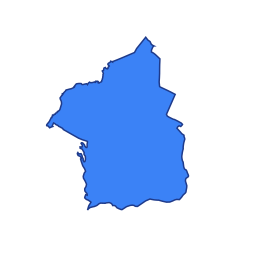 Ramna, Caras-Severin, Romania, rotated 111°
{"feature_id": "2599482B15960202705126", "entity_name": "Ramna", "entity_type": "district", "adm_level": 2, "iso_a3": "ROU", "parent_name": "Romania", "parent_adm1": "Caras-Severin", "projection": "robinson", "projection_center": [21.717, 45.465], "detail": "fine", "context": "isolated", "style": "filled", "palette": "blue", "viewbox_px": 256, "rotation_deg": 111, "n_neighbors": 0, "source": "geoboundaries", "source_scale": "gbopen_adm2", "svg_char_len": 5596}
<svg xmlns="http://www.w3.org/2000/svg" viewBox="0 0 256 256"><g transform="rotate(111 128 128)"><path d="M219.1,136.4L217.6,136.0L216.0,135.0L215.3,134.2L214.7,133.3L214.1,132.5L213.6,131.6L212.1,129.9L211.2,129.1L209.2,128.0L208.0,126.8L207.6,125.7L207.2,124.5L206.8,123.4L206.4,122.3L205.7,121.4L205.4,120.9L205.2,120.4L204.9,120.0L204.7,119.5L204.5,119.0L204.3,118.5L204.4,116.7L204.6,116.3L204.8,115.8L205.1,115.3L205.5,114.9L205.9,114.5L205.3,113.2L205.3,111.7L206.4,109.8L206.5,108.7L206.6,107.7L206.6,106.7L206.6,105.6L206.6,105.2L206.3,104.3L202.0,101.2L199.6,98.4L198.5,96.4L198.1,94.4L198.3,94.0L198.4,93.6L198.4,93.2L198.4,92.8L197.8,91.0L189.7,85.4L186.4,82.0L186.3,80.9L186.1,79.9L185.9,78.8L185.7,77.8L185.4,76.7L185.1,75.7L184.8,74.7L184.4,73.7L184.2,71.6L184.0,69.5L183.7,67.5L183.4,65.5L182.1,62.4L181.2,61.4L180.3,60.4L179.4,59.5L178.4,58.6L177.2,56.9L176.4,54.3L173.5,53.2L172.3,52.9L171.8,52.8L171.2,52.6L170.5,52.4L169.8,52.0L169.1,51.7L168.4,51.3L168.1,51.2L167.8,51.1L167.5,51.0L167.2,51.0L166.9,51.0L166.7,51.0L166.1,51.2L162.8,51.8L160.8,52.4L156.9,55.4L155.4,55.8L154.2,55.8L152.1,54.4L151.1,54.3L150.1,55.0L149.4,55.7L148.7,56.4L148.0,57.0L147.2,57.6L146.2,59.0L146.3,59.5L146.2,59.9L146.0,60.4L145.8,60.8L144.2,62.1L140.1,64.3L138.9,65.6L136.8,66.9L135.0,67.7L133.2,68.1L131.4,68.5L129.6,68.8L127.7,69.0L126.5,69.5L125.2,69.9L123.9,70.2L122.6,70.5L121.3,70.7L118.0,71.0L117.8,71.1L117.4,71.4L117.1,71.6L116.7,71.9L116.3,72.3L116.0,72.5L115.6,72.8L115.1,73.0L114.7,73.1L114.0,75.9L113.3,77.1L110.7,82.2L109.1,82.0L107.6,81.1L107.7,79.3L105.8,78.5L105.1,78.4L104.3,80.0L103.7,84.4L103.4,87.6L103.6,88.9L103.2,93.4L102.8,95.6L101.4,97.0L79.7,96.0L79.2,100.2L78.8,104.3L78.5,108.5L78.2,112.6L77.9,113.4L73.9,115.4L69.8,116.7L65.7,118.1L61.7,119.6L57.6,121.1L54.3,122.2L52.0,123.0L49.6,128.8L48.9,131.2L48.7,133.3L46.9,134.0L43.8,133.9L42.2,133.4L42.1,133.2L42.0,134.5L41.5,136.2L40.2,137.6L39.4,138.4L38.8,140.9L38.2,141.9L36.9,144.0L50.7,148.4L55.2,149.0L64.9,159.0L68.2,162.5L71.4,166.0L71.5,166.2L72.0,166.0L71.8,168.1L73.2,168.3L74.4,169.4L75.1,169.7L75.8,169.6L76.2,169.1L76.5,168.7L76.4,168.3L76.9,167.7L77.5,167.9L77.9,168.1L78.3,168.3L79.5,168.3L79.7,168.1L80.2,168.5L80.3,169.2L80.2,170.1L79.6,170.8L80.2,171.5L80.7,171.9L82.2,171.7L82.9,171.5L83.5,172.0L83.8,172.5L84.0,172.5L84.2,172.0L85.2,171.2L85.9,170.5L87.3,170.5L88.3,170.0L89.4,169.9L90.2,169.6L91.3,169.6L91.7,169.4L92.1,169.4L93.0,169.6L94.0,169.3L94.6,169.6L95.2,170.3L96.4,171.2L96.5,172.0L95.9,172.2L95.3,172.5L95.2,173.1L95.7,173.5L95.7,174.2L95.7,174.7L96.5,174.7L97.1,174.8L97.2,175.1L96.9,175.6L97.9,176.9L98.7,178.1L98.8,178.6L99.1,179.3L99.0,180.4L100.4,181.1L101.7,181.4L102.0,181.4L101.8,181.8L101.5,182.5L102.0,183.3L102.7,184.4L103.5,185.5L103.9,186.5L103.3,187.6L103.6,188.7L104.1,189.9L104.4,190.5L105.0,191.6L105.4,192.1L106.6,192.5L107.1,192.7L107.7,192.8L108.5,193.1L108.5,192.8L108.5,192.7L108.8,192.7L109.0,192.7L109.2,192.8L109.4,193.0L109.7,193.2L110.0,193.5L110.9,194.3L111.1,194.5L111.7,195.1L112.6,196.5L114.7,199.4L114.9,199.4L115.2,199.6L115.8,199.6L117.1,200.2L118.1,200.6L118.3,200.6L118.5,200.7L118.7,200.8L119.0,200.7L119.2,200.8L119.3,200.9L119.4,201.2L119.5,201.1L119.9,201.1L120.0,201.2L120.0,201.3L120.2,201.2L120.3,201.0L120.6,201.1L120.7,201.3L121.0,201.2L121.3,201.3L121.4,201.5L124.3,202.2L124.5,202.0L124.7,201.9L125.0,201.8L125.1,201.7L125.3,201.6L125.6,201.3L125.8,201.1L126.0,200.9L126.1,200.7L126.8,200.0L127.4,199.6L127.8,199.4L128.1,199.2L128.3,199.1L128.8,198.9L129.3,198.7L129.5,198.6L130.0,198.6L135.3,198.2L135.8,198.4L136.1,198.4L136.5,198.6L137.2,199.1L137.4,199.2L137.6,199.5L137.8,199.7L138.0,199.5L138.0,199.4L138.6,199.7L138.8,199.9L139.2,199.9L139.3,199.9L139.4,200.0L139.6,200.3L139.8,200.6L140.0,200.7L140.2,200.9L140.5,201.0L141.0,200.9L141.3,201.0L141.5,201.4L141.7,201.5L141.7,201.8L141.8,201.9L142.0,201.9L142.4,202.0L142.8,202.2L142.9,202.3L142.9,202.6L143.0,202.8L143.0,203.0L143.3,202.9L143.7,202.7L143.8,202.8L144.1,202.9L144.1,203.0L144.3,203.0L144.7,202.9L145.3,202.9L145.5,202.9L145.5,203.0L145.6,203.3L145.8,203.4L146.3,203.4L150.1,203.8L153.5,204.9L153.9,205.0L154.1,205.0L154.4,205.0L154.9,204.8L155.0,204.7L154.9,204.1L154.8,203.6L154.9,203.2L155.0,202.8L155.1,202.6L155.5,202.0L155.9,201.2L155.7,201.0L155.1,200.5L154.0,199.3L153.6,198.8L153.4,199.5L150.0,199.3L150.0,198.7L150.2,197.7L150.3,197.4L150.7,196.3L150.7,196.2L150.7,195.8L150.7,194.7L150.8,194.4L150.9,194.1L151.3,193.2L151.4,191.0L151.6,190.8L151.6,190.7L151.6,190.3L151.6,190.1L151.7,189.7L151.8,189.0L151.9,188.8L151.9,188.7L152.6,187.9L153.9,179.2L155.2,170.5L155.3,166.2L155.1,163.2L155.0,161.5L155.3,160.9L157.7,160.4L160.2,159.4L161.0,159.5L161.2,160.3L160.4,161.8L159.5,162.4L158.3,164.5L158.2,165.5L158.5,166.2L159.2,166.3L160.3,164.7L161.2,164.2L162.3,164.2L162.8,166.0L164.0,165.5L164.1,164.8L164.2,163.1L166.8,160.0L167.8,159.9L168.5,159.5L169.7,157.7L172.3,156.5L173.2,156.4L174.1,156.2L175.0,156.4L175.3,157.0L174.2,158.3L172.8,158.8L171.5,160.2L170.0,161.2L168.8,162.6L169.7,164.4L169.3,165.5L168.9,166.0L169.8,166.2L170.9,165.5L171.6,164.6L171.6,163.5L171.6,163.0L171.7,162.4L172.7,161.0L173.3,160.7L173.5,161.0L173.9,161.2L174.2,161.0L176.4,159.3L179.5,156.7L181.7,153.8L183.6,152.1L185.8,152.7L189.1,152.5L190.8,151.6L192.9,149.0L195.3,146.6L197.8,146.2L199.0,146.5L200.3,146.6L201.5,146.1L202.5,145.4L203.8,143.0L204.7,142.2L205.4,142.0L205.4,143.6L207.6,143.6L208.7,143.4L209.6,141.4L209.6,139.6L209.8,138.5L210.1,137.1L210.5,136.0L211.9,136.2L214.2,136.7L215.5,136.7L219.1,136.4Z" fill="#3b82f6" stroke="#1e3a8a" stroke-width="1.5"/></g></svg>